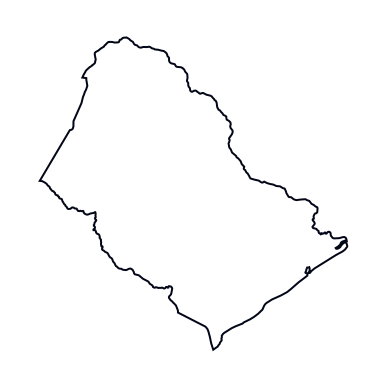 Larde, Nampula, Mozambique, rotated 356°
{"feature_id": "85939544B26264863650897", "entity_name": "Larde", "entity_type": "district", "adm_level": 2, "iso_a3": "MOZ", "parent_name": "Mozambique", "parent_adm1": "Nampula", "projection": "mercator", "projection_center": [39.499, -16.364], "detail": "fine", "context": "isolated", "style": "outline", "palette": "ink", "viewbox_px": 384, "rotation_deg": 356, "n_neighbors": 0, "source": "geoboundaries", "source_scale": "gbopen_adm2", "svg_char_len": 5918}
<svg xmlns="http://www.w3.org/2000/svg" viewBox="0 0 384 384"><g transform="rotate(356 192 192)"><path d="M137.3,33.2L136.5,33.4L134.5,33.3L133.3,33.7L132.3,34.7L131.6,35.1L130.8,35.1L130.4,35.5L129.7,37.1L128.5,37.6L125.1,37.5L123.0,36.8L120.5,36.5L118.9,36.6L117.2,37.9L115.9,39.2L115.0,39.7L114.3,40.8L110.9,42.6L108.4,44.4L105.7,45.6L105.0,46.3L104.7,46.7L104.6,48.3L105.2,53.3L104.5,54.8L104.5,55.6L104.0,56.7L102.7,57.8L101.0,58.8L100.8,59.2L98.5,60.4L95.0,63.2L94.2,64.1L94.2,64.4L92.4,67.0L90.6,70.2L94.5,71.0L94.4,72.8L95.0,78.8L93.6,82.2L92.3,84.5L92.0,84.8L91.3,86.7L89.9,89.6L87.9,95.7L78.7,113.1L78.3,118.3L77.6,120.2L77.3,120.7L76.3,121.4L75.2,121.7L74.4,121.8L40.9,170.3L43.3,170.7L46.0,172.4L47.5,173.7L48.6,175.5L49.5,176.2L50.4,177.2L50.6,178.5L51.6,179.6L52.1,180.6L53.0,181.4L54.0,181.7L54.5,182.6L55.0,183.0L55.3,183.4L55.4,184.5L55.7,185.0L56.6,185.7L57.8,186.0L58.1,186.9L58.9,187.4L59.0,188.5L59.6,189.2L61.0,189.7L61.7,190.2L62.2,192.4L62.9,193.4L63.4,194.8L64.6,196.1L64.9,197.1L65.9,198.1L66.7,199.9L67.1,200.2L69.0,200.4L70.5,199.7L71.2,199.1L72.2,199.1L73.0,199.5L73.8,200.2L75.6,200.5L76.2,201.3L76.3,201.9L77.0,202.9L78.3,203.2L79.1,202.9L80.2,203.4L82.0,203.3L82.4,203.6L82.4,204.5L82.8,205.4L83.9,206.5L85.7,207.3L87.6,207.0L89.1,206.4L92.6,206.0L93.6,205.4L94.1,205.4L94.3,205.9L94.3,207.9L94.0,208.9L94.2,210.4L93.4,211.2L93.7,212.7L94.4,213.1L94.5,213.5L93.7,214.8L92.8,215.6L92.2,217.6L91.7,218.2L91.7,218.8L92.6,219.8L92.7,221.1L92.4,221.5L91.3,222.3L91.0,222.7L91.1,223.2L92.0,223.2L92.9,223.5L93.3,224.5L93.6,226.0L94.5,227.1L95.8,227.6L96.5,228.5L96.9,230.4L96.6,231.2L97.9,233.4L97.7,234.3L97.9,235.8L97.6,236.9L97.7,239.4L97.9,239.8L98.6,239.8L98.9,240.1L99.0,240.6L98.8,241.4L98.4,241.7L98.3,242.9L98.7,243.6L99.9,244.3L101.2,245.7L102.8,246.5L103.7,247.3L105.0,250.4L105.6,251.3L107.1,252.4L107.6,253.1L108.5,256.0L109.7,257.5L110.8,260.4L112.1,261.4L113.0,262.6L114.1,263.3L116.2,263.7L117.5,264.7L120.6,265.3L121.4,265.2L123.6,264.2L125.4,264.1L126.5,264.8L127.3,265.5L128.3,267.6L128.6,269.3L129.3,270.1L132.6,271.2L133.4,271.6L137.0,275.1L141.9,278.1L142.4,278.6L143.5,280.6L145.9,282.4L146.3,283.1L146.4,283.9L146.8,284.0L147.1,284.5L148.2,284.9L149.4,284.5L150.1,284.6L151.4,285.3L154.8,285.5L155.4,285.3L156.2,285.6L156.8,286.1L157.5,286.3L158.2,286.2L158.8,285.8L159.4,285.0L160.1,285.0L161.2,285.8L161.7,285.7L161.8,284.9L162.1,284.4L163.4,284.5L164.6,285.0L165.5,286.5L165.5,287.0L164.4,291.3L163.9,292.7L161.9,294.6L161.6,295.3L161.7,296.1L163.1,298.4L164.7,299.9L165.5,301.1L166.2,301.7L168.1,304.1L169.6,308.9L169.7,309.8L169.6,311.3L196.1,327.3L197.8,329.7L198.6,332.1L199.7,337.7L200.6,344.3L202.2,350.8L206.8,348.0L208.0,346.4L208.7,345.8L209.0,345.4L209.4,344.2L211.1,342.3L211.3,341.7L211.1,340.2L211.7,339.0L211.7,337.5L212.9,335.9L214.1,334.9L222.1,330.6L225.9,329.1L233.1,326.8L233.7,326.5L234.3,325.8L241.2,323.0L245.5,320.7L249.6,318.0L254.1,314.2L256.1,310.4L257.1,309.1L258.4,308.0L264.3,304.8L273.3,301.5L279.9,298.5L283.8,295.8L292.1,289.5L300.5,284.0L301.2,283.5L301.4,281.7L301.1,281.1L299.9,280.8L299.6,280.5L299.5,280.1L300.4,278.5L300.7,277.3L301.6,275.4L302.9,275.5L303.7,275.2L304.0,276.5L303.9,278.4L303.5,279.3L302.3,280.9L302.6,281.1L303.5,281.0L304.2,280.8L305.4,279.3L308.9,276.8L331.1,265.0L338.3,261.7L340.8,259.9L343.0,257.4L343.1,256.4L342.6,254.1L342.1,253.2L341.8,253.0L340.5,253.2L339.2,253.8L337.3,255.5L335.9,257.4L334.8,258.1L333.4,258.7L332.5,258.8L331.8,258.6L331.4,257.9L333.7,256.7L336.0,255.0L337.2,252.8L338.4,252.0L342.3,250.9L342.9,251.3L342.7,249.7L342.2,248.5L341.2,247.7L340.5,247.5L339.0,247.6L335.7,248.3L330.5,248.2L329.2,247.7L327.5,245.3L327.3,242.4L326.9,241.8L325.9,241.2L324.7,241.4L323.2,242.9L322.5,242.8L322.2,241.8L321.5,241.7L320.7,242.4L319.4,242.8L319.0,242.8L318.5,242.1L318.1,242.2L318.0,242.8L317.8,243.1L317.4,243.2L316.6,242.2L315.9,241.9L315.5,240.9L315.6,239.9L314.1,238.5L313.5,237.5L310.4,236.4L310.0,236.0L309.8,235.1L311.8,232.9L312.2,232.2L312.1,231.4L311.8,230.4L310.6,228.9L310.4,228.0L310.7,227.5L311.5,227.3L311.7,227.1L311.6,224.7L312.6,222.7L313.4,222.0L314.4,221.9L315.5,221.0L316.1,217.2L315.9,216.0L314.1,215.0L312.9,213.7L310.4,212.1L308.4,209.1L306.3,208.2L304.6,207.1L299.9,207.1L295.6,207.4L293.6,206.7L292.4,205.9L290.7,204.2L288.4,203.8L287.9,203.3L286.0,199.5L285.8,198.1L284.8,195.3L284.2,194.8L283.1,194.6L280.2,192.5L276.5,191.9L273.7,190.3L270.3,189.4L267.4,188.3L264.7,186.7L263.2,187.5L262.4,187.5L261.0,186.6L259.4,185.3L254.5,183.8L251.4,182.6L250.8,181.8L250.2,180.2L249.0,177.7L247.6,176.2L246.6,173.9L245.5,173.0L245.3,172.3L245.3,171.7L245.8,170.8L245.8,170.3L243.6,167.7L242.7,164.7L240.5,161.7L239.0,160.6L238.5,159.1L234.7,155.4L233.7,152.3L232.3,150.2L231.9,146.5L231.9,145.9L232.5,144.9L233.1,143.2L233.1,142.4L232.7,141.8L232.8,140.9L235.6,137.5L236.6,135.6L236.7,134.9L236.8,134.0L236.5,133.1L234.9,130.7L234.7,129.0L235.3,127.3L235.3,125.8L235.0,125.1L233.9,123.7L231.8,122.3L231.5,121.5L231.4,119.1L230.7,118.4L228.8,117.4L227.7,115.4L226.5,114.1L225.7,112.7L224.3,111.8L223.1,109.3L222.8,104.7L222.2,102.9L220.8,101.7L220.6,100.9L219.2,99.4L218.5,98.2L217.4,97.3L213.1,95.9L210.1,94.0L208.3,94.1L207.6,94.5L206.5,94.4L205.6,93.5L205.5,93.2L204.5,92.7L203.4,91.4L202.6,91.1L201.2,91.1L199.3,92.0L198.5,91.9L197.7,91.3L197.3,90.5L197.1,88.2L196.0,86.7L195.7,85.2L195.8,82.8L194.9,81.4L194.7,80.7L195.5,77.9L195.5,74.3L195.2,73.6L193.6,71.5L192.7,69.2L191.2,67.8L191.2,67.6L189.7,66.8L185.7,66.1L184.6,65.3L183.9,63.6L183.2,63.1L180.2,62.2L178.9,61.1L178.4,59.9L178.3,58.9L178.4,57.4L178.3,56.2L177.1,54.9L176.7,53.0L176.2,51.7L174.1,49.7L173.4,49.3L171.8,49.0L168.1,47.7L164.9,47.2L164.0,46.5L161.8,45.7L160.6,44.6L159.8,44.2L159.0,44.1L157.0,44.3L153.4,43.9L151.5,44.4L150.6,44.4L149.5,44.0L148.8,43.6L147.5,42.0L145.4,41.2L144.4,40.1L143.7,38.4L143.1,37.8L141.1,36.4L140.2,35.1L137.3,33.2Z" fill="none" stroke="#020617" stroke-width="2"/></g></svg>